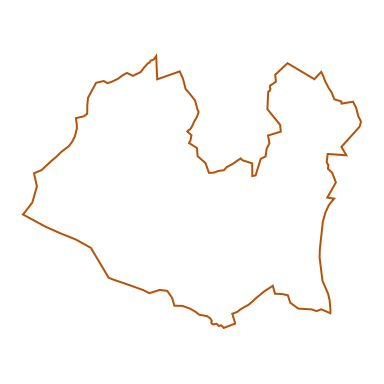 Ganye, Adamawa, Nigeria (Mercator projection)
{"feature_id": "59680162B41420170912929", "entity_name": "Ganye", "entity_type": "district", "adm_level": 2, "iso_a3": "NGA", "parent_name": "Nigeria", "parent_adm1": "Adamawa", "projection": "mercator", "projection_center": [12.041, 8.431], "detail": "fine", "context": "isolated", "style": "outline", "palette": "amber", "viewbox_px": 384, "rotation_deg": 0, "n_neighbors": 0, "source": "geoboundaries", "source_scale": "gbopen_adm2", "svg_char_len": 2298}
<svg xmlns="http://www.w3.org/2000/svg" viewBox="0 0 384 384"><path d="M75.9,118.2L76.2,120.5L76.7,124.0L76.9,128.3L74.8,136.6L72.2,141.6L69.0,146.1L61.4,151.8L56.3,156.8L51.8,160.6L47.8,164.3L46.3,165.6L44.8,167.0L41.6,170.1L38.5,171.4L34.0,173.3L36.9,186.4L32.3,202.6L23.0,214.5L45.3,226.6L59.6,233.0L75.8,239.5L90.9,247.9L100.6,264.2L108.7,277.8L113.8,279.8L119.5,281.7L127.1,284.3L134.1,286.8L143.0,290.0L144.4,290.7L149.3,293.2L159.8,289.9L167.2,290.9L172.1,297.8L174.4,305.7L182.5,305.9L190.2,308.7L195.5,311.8L199.4,314.8L207.1,316.1L210.4,318.6L211.8,320.9L211.2,322.7L211.9,323.6L212.9,324.3L213.7,324.4L215.4,323.9L216.7,323.9L219.0,326.1L221.0,325.3L222.3,326.3L223.7,327.9L235.2,323.6L232.3,313.8L237.5,311.8L240.1,309.6L243.4,307.6L244.9,306.8L248.4,304.9L251.8,302.1L255.7,298.4L264.2,291.4L272.8,285.8L275.0,293.7L282.0,294.0L284.6,294.6L287.8,295.2L290.3,302.8L298.3,308.6L311.6,309.4L316.6,311.1L321.3,309.3L330.3,313.2L330.5,310.5L329.6,300.1L329.1,298.2L328.2,294.0L322.5,280.9L319.8,259.2L319.6,257.6L319.8,250.1L319.9,248.9L322.8,221.9L325.3,212.8L327.6,207.8L328.9,205.0L334.1,198.6L327.3,197.6L335.9,182.4L332.2,172.8L328.0,168.8L328.3,164.8L327.5,163.8L326.7,161.8L327.7,154.0L346.4,155.3L341.4,146.9L359.6,126.7L361.0,121.6L358.2,115.9L356.1,107.6L353.0,101.7L341.5,103.6L341.3,101.4L334.4,99.3L331.7,92.6L328.5,87.7L325.5,81.9L323.2,76.1L321.3,71.9L320.0,73.2L317.7,75.6L314.4,79.2L287.5,63.2L275.2,74.8L275.9,81.8L270.1,85.6L269.8,87.7L270.4,88.6L269.8,90.8L268.5,91.4L268.2,92.0L267.4,109.2L280.1,124.8L280.8,131.6L268.0,135.5L269.5,143.2L266.6,148.7L265.6,156.4L260.7,158.9L255.6,175.4L252.3,176.0L252.2,163.4L242.3,160.2L240.7,158.4L231.9,164.4L226.7,167.1L223.9,170.2L218.3,171.0L214.1,172.6L209.0,172.9L205.4,162.9L197.6,156.2L196.9,148.0L189.0,143.0L190.5,140.3L191.5,135.2L187.3,131.5L188.4,130.3L190.3,129.1L192.3,125.9L194.2,121.5L195.4,119.6L197.4,115.8L198.6,112.0L197.4,109.2L196.5,105.7L195.0,100.4L188.9,92.7L185.6,89.0L183.0,78.8L179.7,71.4L157.2,79.3L156.2,56.1L153.7,59.6L150.5,60.7L149.7,62.5L148.4,62.9L144.4,67.1L140.6,72.1L132.9,75.8L127.1,73.0L125.1,73.8L121.2,76.3L118.1,78.7L111.9,81.7L107.3,83.2L103.8,81.0L96.1,82.8L93.9,86.9L90.7,92.8L88.0,97.9L87.3,105.4L87.2,113.8L83.8,116.3L75.9,118.2Z" fill="none" stroke="#b45309" stroke-width="2"/></svg>